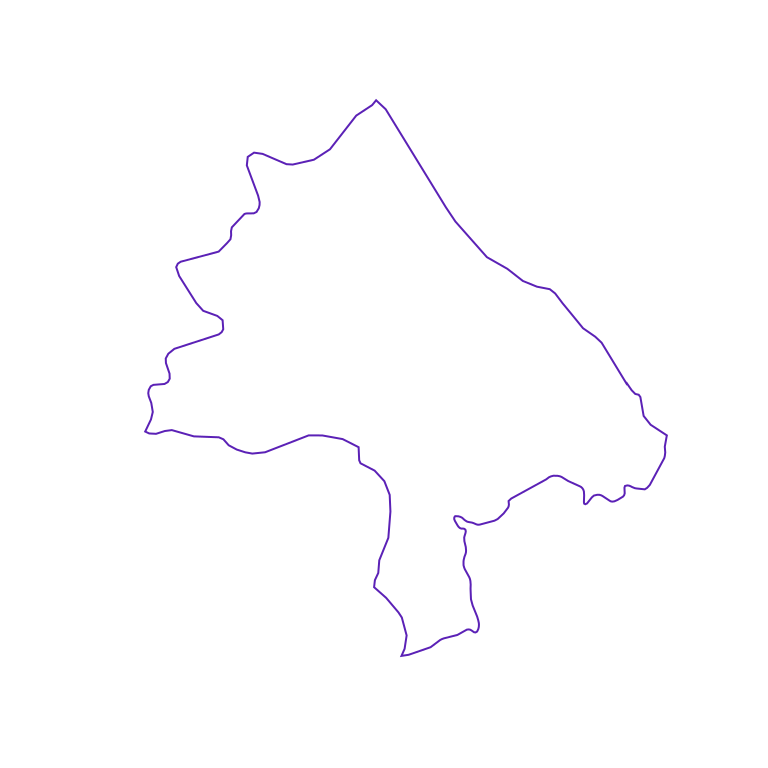 SVG path tracing the border of Cosenza, rotated 156°
{"feature_id": "ITA-5391", "entity_name": "Cosenza", "entity_type": "Province", "adm_level": 1, "iso_a3": "ITA", "parent_name": "Italy", "parent_adm1": "", "projection": "orthographic", "projection_center": [16.346, 39.592], "detail": "fine", "context": "isolated", "style": "outline", "palette": "violet", "viewbox_px": 768, "rotation_deg": 156, "n_neighbors": 0, "source": "natural_earth", "source_scale": "10m", "svg_char_len": 2962}
<svg xmlns="http://www.w3.org/2000/svg" viewBox="0 0 768 768"><g transform="rotate(156 384 384)"><path d="M478.6,128.5L472.9,133.7L465.6,145.1L462.7,163.4L463.7,169.5L469.0,187.7L475.7,202.4L472.1,208.5L466.1,213.7L460.0,224.9L442.6,241.7L430.0,264.9L423.9,280.4L423.2,295.1L427.8,308.7L437.7,321.1L437.7,324.4L432.9,336.6L444.2,350.5L461.3,362.1L473.7,367.7L520.4,370.0L532.6,374.0L538.5,378.0L545.2,384.0L550.8,391.2L553.2,398.8L556.6,402.5L579.0,413.5L596.6,428.2L603.4,430.2L612.5,431.2L618.6,434.3L621.5,437.7L611.3,446.4L606.6,452.5L604.3,461.4L603.9,468.4L603.1,471.5L601.3,474.3L598.0,476.8L595.0,477.0L584.5,473.3L580.7,473.7L577.6,476.0L575.7,480.7L574.7,491.8L573.0,496.1L568.7,499.4L561.2,501.4L514.8,496.5L511.2,497.4L508.6,499.4L505.5,507.9L508.6,514.0L519.4,524.4L522.6,534.3L527.2,566.0L526.3,575.3L523.4,577.8L520.0,578.4L481.2,572.2L470.0,576.6L465.4,578.7L463.1,582.1L461.6,585.8L459.3,589.0L442.3,596.1L440.4,595.8L433.6,592.9L430.5,593.0L426.9,595.5L424.9,598.1L423.6,600.8L422.4,607.3L420.4,639.5L416.1,646.9L408.6,648.2L401.3,643.6L383.7,624.5L378.1,621.6L356.8,617.4L337.9,620.4L300.2,640.5L281.4,643.6L275.8,646.4L270.7,634.3L255.6,520.2L252.7,503.4L238.4,458.0L224.5,439.1L215.2,421.6L204.7,410.7L194.0,403.2L190.8,397.1L188.0,385.0L184.5,372.4L179.5,354.0L171.8,341.3L168.4,333.2L162.1,284.1L162.1,287.2L160.3,277.6L158.5,272.7L155.7,270.6L155.1,267.8L159.8,249.2L157.0,238.3L146.5,222.0L147.5,220.6L153.0,212.5L154.9,207.1L156.7,204.1L158.1,202.3L182.2,183.7L185.9,182.1L188.6,181.7L195.7,185.8L197.2,186.8L199.4,189.1L200.3,190.3L201.5,191.5L203.0,192.4L205.3,192.8L206.5,191.5L208.6,186.2L209.9,184.7L211.5,183.9L217.8,183.1L221.2,183.1L223.3,183.7L224.6,184.6L225.2,185.4L230.0,192.9L231.0,194.1L232.5,195.3L234.4,196.1L237.6,196.7L240.2,195.9L247.1,192.3L249.0,192.3L249.8,193.3L249.4,194.8L246.4,201.0L245.1,204.5L244.9,206.5L245.2,208.2L245.8,209.7L246.8,211.0L255.1,220.3L259.6,226.9L260.9,228.2L262.9,229.6L266.6,231.3L269.1,231.7L271.2,231.7L274.6,230.9L314.4,227.6L317.8,226.4L318.9,223.1L319.8,221.7L320.9,220.6L327.3,217.1L335.1,214.4L338.7,214.2L353.7,216.6L355.4,217.2L356.7,218.2L358.8,220.5L360.0,221.6L362.7,223.4L364.0,224.4L364.9,225.7L365.7,227.0L367.0,230.0L368.2,231.5L369.9,232.9L372.7,234.3L374.0,233.6L374.8,232.1L374.9,230.1L374.3,224.6L373.9,222.9L373.2,221.5L372.1,220.4L370.6,219.8L369.4,218.9L368.9,217.6L369.2,216.2L370.1,214.8L372.2,212.4L373.2,211.1L373.8,209.5L374.5,207.7L375.6,201.8L376.8,198.4L377.6,196.9L378.6,195.6L380.8,193.4L382.8,190.8L383.6,189.4L385.0,186.2L385.1,185.8L385.4,183.8L385.5,182.0L384.7,172.7L384.8,170.8L385.2,168.9L386.4,165.5L388.1,162.0L389.2,159.3L392.1,152.0L393.1,145.6L393.5,133.7L394.0,129.9L394.6,127.0L395.2,125.4L396.2,123.5L397.5,121.8L399.6,120.0L401.4,119.8L402.7,120.6L404.3,123.3L405.3,124.6L406.6,125.4L408.2,125.9L419.0,124.9L432.9,127.3L434.9,127.4L436.8,127.3L448.5,124.6L471.6,126.6L478.6,128.5Z" fill="none" stroke="#5b21b6" stroke-width="2"/></g></svg>